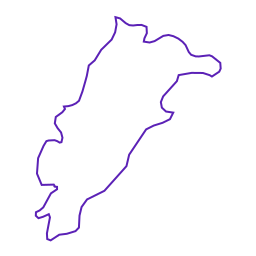 outline of Lodi, rotated 89°
{"feature_id": "ITA-5448", "entity_name": "Lodi", "entity_type": "Province", "adm_level": 1, "iso_a3": "ITA", "parent_name": "Italy", "parent_adm1": "", "projection": "robinson", "projection_center": [9.573, 45.269], "detail": "fine", "context": "isolated", "style": "outline", "palette": "violet", "viewbox_px": 256, "rotation_deg": 89, "n_neighbors": 0, "source": "natural_earth", "source_scale": "10m", "svg_char_len": 1325}
<svg xmlns="http://www.w3.org/2000/svg" viewBox="0 0 256 256"><g transform="rotate(89 128 128)"><path d="M78.0,43.2L76.6,45.4L74.3,52.1L74.0,63.4L76.0,76.4L82.0,78.3L97.0,92.3L102.7,94.7L108.2,93.8L112.2,89.7L113.4,82.5L119.9,85.9L123.4,93.3L126.0,102.2L129.7,109.9L154.7,127.3L166.1,130.2L190.4,152.7L198.7,170.2L206.2,175.8L214.7,178.0L226.7,178.8L230.2,182.3L232.7,191.0L233.5,198.6L239.0,207.3L237.6,210.7L231.9,210.9L216.0,207.6L212.8,208.7L215.3,214.5L216.6,219.1L214.1,221.7L210.6,221.5L208.9,217.8L205.9,214.1L192.0,206.2L188.0,200.0L185.6,200.0L185.4,202.2L185.1,202.6L184.4,202.5L183.3,203.2L183.4,215.3L172.0,219.8L156.6,218.4L144.3,212.7L139.7,209.8L139.1,207.5L138.9,201.6L139.9,199.0L141.4,196.6L141.0,194.8L136.6,193.7L131.3,195.0L126.9,198.4L122.1,201.1L115.7,200.0L111.1,193.4L107.9,190.7L105.4,191.7L105.1,187.3L104.1,183.3L102.4,179.6L99.9,176.5L90.6,172.9L81.1,170.0L75.3,168.3L64.8,166.1L59.8,160.1L49.3,153.4L39.3,142.8L32.1,139.2L24.1,137.6L17.0,138.6L18.3,134.0L23.1,128.5L25.2,124.9L25.6,121.1L25.2,117.1L25.2,112.6L27.2,107.7L33.5,107.5L38.6,110.0L41.9,110.7L42.9,104.9L41.6,99.9L36.5,91.1L35.7,85.8L37.0,81.0L39.5,76.1L42.8,71.9L46.1,69.0L53.1,65.9L55.9,63.6L57.6,59.0L57.7,55.7L56.7,45.4L57.8,42.7L64.5,34.6L70.2,34.3L73.3,35.8L78.0,43.2Z" fill="none" stroke="#5b21b6" stroke-width="2"/></g></svg>